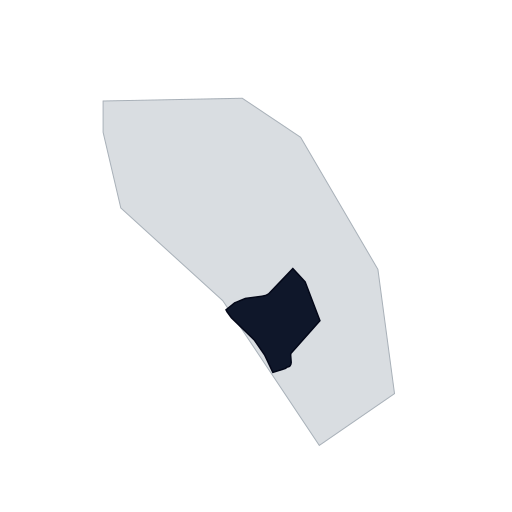 where Saint Paul sits in Dominica, rotated 339°
{"feature_id": "DMA-1440", "entity_name": "Saint Paul", "entity_type": "Parish", "adm_level": 1, "iso_a3": "DMA", "parent_name": "Dominica", "parent_adm1": "", "projection": "mercator", "projection_center": [-61.378, 15.359], "detail": "fine", "context": "in_parent", "style": "filled", "palette": "ink", "viewbox_px": 512, "rotation_deg": 339, "n_neighbors": 0, "source": "natural_earth", "source_scale": "10m", "svg_char_len": 735}
<svg xmlns="http://www.w3.org/2000/svg" viewBox="0 0 512 512"><g transform="rotate(339 256 256)"><path d="M336.0,434.1L247.2,455.5L209.0,285.9L147.0,162.7L157.6,85.7L168.8,56.5L299.7,103.8L340.2,161.2L365.0,312.2L336.0,434.1Z" fill="#d9dde1" stroke="#a8b0b8" stroke-width="1"/><path d="M230.0,370.7L228.6,351.6L224.3,333.8L210.9,304.9L209.0,297.9L208.7,295.5L219.3,292.1L230.9,291.8L247.1,295.7L251.2,296.3L254.2,295.9L285.9,280.9L292.6,297.8L292.5,339.3L253.4,359.6L253.2,360.3L253.0,360.6L252.8,361.1L250.7,368.0L249.8,369.5L248.5,370.7L247.7,371.0L247.1,371.1L246.7,371.1L246.2,370.9L245.8,370.9L245.3,370.9L243.5,371.4L243.0,371.5L241.3,371.4L241.0,371.4L230.0,370.7Z" fill="#0f172a" stroke="#020617" stroke-width="1.5"/></g></svg>